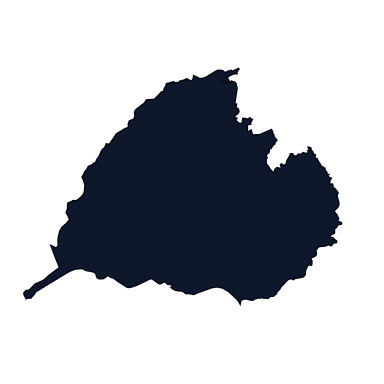 Ngoc Lac, Thanh Hóa, Vietnam, rotated 278°
{"feature_id": "81297802B82512093072214", "entity_name": "Ngoc Lac", "entity_type": "district", "adm_level": 2, "iso_a3": "VNM", "parent_name": "Vietnam", "parent_adm1": "Thanh Hóa", "projection": "albers", "projection_center": [105.393, 20.068], "detail": "fine", "context": "isolated", "style": "filled", "palette": "ink", "viewbox_px": 384, "rotation_deg": 278, "n_neighbors": 0, "source": "geoboundaries", "source_scale": "gbopen_adm2", "svg_char_len": 6010}
<svg xmlns="http://www.w3.org/2000/svg" viewBox="0 0 384 384"><g transform="rotate(278 192 192)"><path d="M64.5,47.1L68.4,49.7L71.3,51.1L79.6,61.0L94.1,78.8L96.6,82.1L98.6,85.5L99.5,87.5L101.0,94.0L99.6,97.6L99.2,104.8L98.8,106.5L98.3,107.7L96.6,108.7L94.9,109.3L94.0,110.0L93.3,111.7L93.1,112.8L93.5,113.8L93.7,115.8L94.6,117.2L96.1,118.6L97.7,120.5L96.2,123.5L96.0,125.8L95.1,127.7L93.5,130.4L88.7,140.9L88.6,142.1L89.3,144.9L91.8,149.9L93.9,153.3L100.3,162.7L100.5,163.7L100.3,164.9L96.9,171.5L96.5,173.0L99.0,177.0L99.2,177.9L98.4,179.1L97.5,180.0L97.3,180.6L97.4,183.5L96.5,185.6L95.7,185.6L95.1,185.3L94.6,184.5L94.0,185.3L92.8,187.8L92.4,189.9L92.3,192.8L92.6,195.1L91.9,197.6L90.5,200.0L91.1,203.0L90.7,207.2L90.9,208.3L92.3,210.3L99.8,224.5L101.3,229.0L101.5,230.9L101.3,234.6L101.0,236.3L98.5,242.2L92.2,251.3L89.8,253.8L87.7,255.3L90.6,255.4L91.4,255.7L92.1,256.3L93.4,258.9L93.7,261.1L93.2,264.4L93.2,266.7L93.5,267.7L94.9,269.1L96.5,272.9L96.4,274.1L97.2,275.5L96.9,277.9L97.4,281.0L97.1,281.8L98.5,283.1L99.8,284.8L100.1,287.1L102.9,289.6L103.2,289.8L104.5,289.8L108.2,292.5L109.0,292.7L110.3,293.4L111.1,293.5L112.2,294.6L114.0,296.0L115.0,296.5L118.6,299.3L119.1,300.0L120.0,302.2L119.4,304.9L120.7,305.8L121.0,307.2L122.0,309.6L122.1,310.6L123.7,314.4L126.0,315.6L129.5,315.3L131.8,315.7L135.4,317.0L136.8,317.9L136.1,318.8L135.9,319.6L136.1,320.3L136.6,320.6L137.4,320.7L140.6,320.3L141.8,319.1L142.5,318.9L143.1,319.1L143.6,319.5L145.2,322.2L146.4,323.4L147.5,323.8L148.4,323.8L150.6,322.8L151.3,322.8L154.7,324.4L155.6,325.7L156.0,326.6L156.5,329.3L157.2,331.6L159.0,334.9L158.2,336.3L158.2,337.3L161.0,339.1L161.4,339.7L161.9,341.8L162.2,342.2L163.5,342.0L164.0,341.4L164.7,339.9L166.4,337.8L166.4,336.7L165.9,334.9L166.4,334.3L168.9,335.7L169.9,336.8L170.1,337.4L170.9,338.6L172.0,338.8L174.2,338.3L175.5,338.4L177.5,340.3L178.4,340.4L179.6,341.0L180.4,342.4L180.8,344.2L181.4,344.5L182.0,344.5L182.8,343.5L183.1,341.2L183.5,340.5L184.1,340.3L185.8,340.9L186.3,340.7L189.3,338.8L191.9,336.1L193.0,335.5L193.4,335.6L197.0,338.3L198.7,339.0L200.1,339.2L202.2,338.8L207.7,336.4L209.2,336.1L210.2,336.2L211.2,336.8L213.6,334.9L215.5,332.6L216.2,331.0L219.2,330.2L219.5,329.8L218.7,327.0L223.7,327.1L224.5,328.1L225.0,328.0L225.8,325.3L226.5,324.8L226.9,324.0L227.2,324.0L228.2,324.7L227.9,323.6L228.2,323.1L230.0,323.0L230.4,322.7L231.1,321.5L232.2,321.1L233.0,320.3L233.8,320.4L233.5,319.5L234.1,319.6L234.5,318.7L235.0,318.3L235.6,315.8L236.1,315.6L236.7,315.7L237.2,315.0L238.6,314.3L239.0,313.9L239.2,312.9L240.5,312.6L241.3,311.6L242.1,311.6L242.3,311.0L242.5,309.8L242.8,309.3L244.5,308.8L245.8,309.1L246.0,307.9L246.8,307.3L246.8,306.9L246.3,306.2L248.3,306.2L250.2,304.1L252.1,303.6L252.4,302.5L252.5,300.8L250.6,302.0L250.2,302.0L249.3,301.0L247.9,301.5L246.9,301.5L246.3,300.6L246.0,298.9L246.5,296.5L246.1,296.1L245.2,295.7L244.6,295.0L244.2,291.9L242.0,290.5L242.0,287.5L242.5,286.8L243.5,286.8L243.8,286.6L243.6,284.2L241.5,283.9L236.1,281.6L232.9,281.3L232.3,281.0L231.7,280.2L231.2,279.0L231.2,278.6L232.3,277.0L231.8,276.1L231.1,275.9L229.2,276.9L228.1,276.9L227.6,276.2L228.0,272.5L226.6,271.8L226.1,271.0L224.5,271.0L222.6,270.1L222.6,269.8L225.3,266.3L228.8,263.3L230.3,261.5L235.8,260.7L236.0,261.6L239.1,260.2L239.6,260.6L241.4,262.5L242.7,262.8L245.0,262.6L245.8,263.3L246.1,264.2L246.9,264.6L248.3,265.1L250.7,266.5L251.2,267.5L251.6,267.4L252.1,266.7L255.1,268.8L258.9,264.7L259.2,265.2L260.2,265.1L261.2,263.7L261.6,263.5L262.5,263.6L264.9,262.0L258.1,250.9L257.5,247.1L256.8,244.1L261.6,241.8L260.1,240.1L259.2,238.7L260.5,238.2L263.2,238.0L264.4,237.5L266.2,237.6L267.4,240.7L268.7,240.2L269.9,240.9L272.3,241.6L272.5,240.5L273.5,239.0L273.2,238.4L272.2,237.8L272.0,237.4L272.2,232.3L271.4,232.0L269.2,232.2L268.1,232.0L266.8,231.2L266.5,230.5L266.4,229.7L266.9,228.8L266.8,228.4L268.5,226.1L269.5,224.3L270.4,225.6L271.2,226.2L271.5,225.8L271.5,224.2L273.2,223.5L274.1,224.6L276.0,226.4L277.8,227.2L278.9,227.2L280.7,226.0L281.1,226.0L281.2,223.8L285.2,223.9L285.3,222.0L301.3,222.2L304.4,220.6L305.2,220.8L306.8,218.9L306.9,217.1L307.4,215.6L306.1,214.8L304.5,213.6L304.3,213.1L305.2,211.5L305.2,210.1L305.8,209.6L305.5,208.8L305.7,208.6L305.6,207.6L306.0,207.0L306.3,207.0L306.1,212.5L306.4,213.6L306.5,213.7L310.6,210.8L313.6,214.8L314.7,216.6L315.4,220.2L315.6,220.3L316.5,219.5L316.9,219.5L320.3,221.4L320.8,220.8L317.2,215.2L317.9,213.9L316.6,210.8L316.1,210.0L314.4,208.2L315.3,207.6L315.2,207.4L315.3,206.9L316.3,205.8L316.5,204.6L316.3,203.2L316.3,201.3L316.0,200.4L314.6,198.4L309.9,192.6L307.9,190.4L306.3,187.5L305.3,183.8L306.3,181.4L307.4,177.4L305.1,177.5L304.0,177.3L303.1,177.0L302.1,176.0L301.7,174.9L302.9,172.7L303.2,171.2L303.2,170.5L301.5,168.5L301.3,167.2L300.6,165.9L300.2,164.6L298.1,163.0L298.3,161.6L297.7,160.0L298.5,158.9L298.4,157.9L297.5,155.8L296.3,157.1L295.9,156.8L296.7,154.9L296.5,153.6L295.7,151.6L294.0,151.6L290.0,150.0L287.0,149.8L287.1,148.1L279.4,142.6L278.6,141.6L278.1,140.3L277.1,134.8L276.5,133.8L274.2,133.0L273.2,132.3L266.2,125.4L264.4,124.3L263.2,124.1L262.2,124.1L260.1,124.8L257.9,124.8L256.9,124.5L255.3,123.3L254.7,121.8L253.9,120.3L253.3,120.0L250.4,119.5L246.9,120.1L246.4,118.6L245.1,116.5L239.3,109.4L238.4,108.7L234.3,106.9L231.5,105.3L228.7,104.0L227.9,103.2L227.6,102.3L227.8,100.4L223.9,99.5L222.0,97.7L221.1,97.1L219.8,96.5L216.7,95.8L214.0,94.8L210.7,93.1L208.5,92.8L207.3,91.7L206.6,90.6L204.6,88.9L203.5,86.6L202.7,85.7L199.6,84.7L197.2,83.0L194.9,82.5L191.5,81.1L188.5,83.0L183.9,85.1L178.2,85.4L175.8,85.1L174.5,84.7L172.1,83.3L168.5,80.1L167.2,78.1L166.9,75.9L167.0,75.3L166.1,74.7L164.0,71.0L163.5,70.5L158.1,71.1L154.1,70.2L151.3,72.5L148.1,74.4L147.5,74.6L143.3,72.1L139.2,68.3L134.7,66.5L129.9,66.0L127.3,66.0L124.5,66.1L122.4,66.7L119.6,66.9L118.1,65.4L117.8,64.7L119.4,59.7L107.9,66.0L98.7,71.3L89.6,62.1L84.8,58.1L83.4,56.6L78.9,49.3L72.6,44.8L71.8,43.7L71.3,41.3L68.5,39.5L66.4,40.3L63.2,42.7L63.8,43.7L64.4,45.5L64.5,47.1Z" fill="#0f172a" stroke="#020617" stroke-width="1.5"/></g></svg>